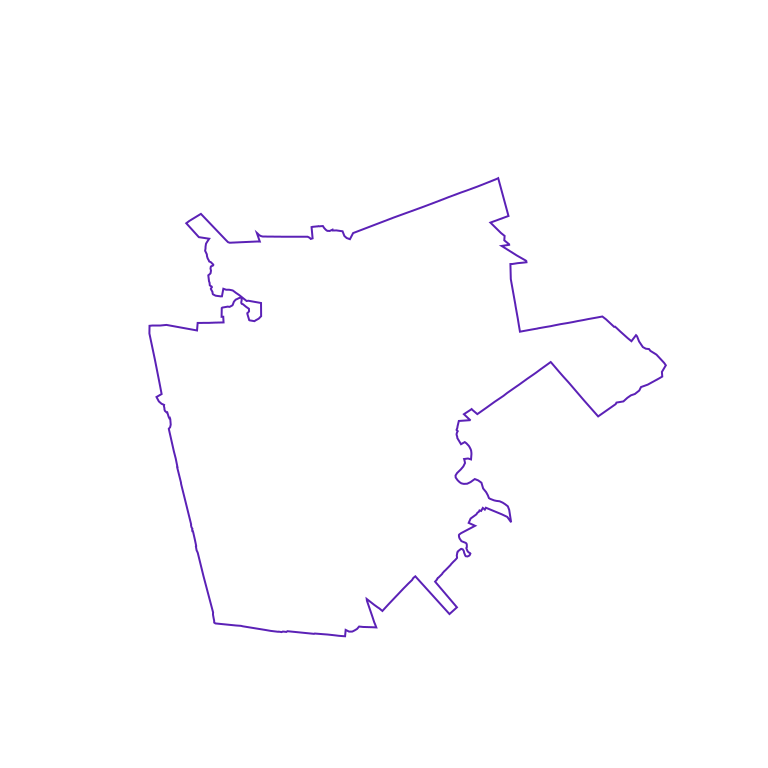 outline of Arad, Arad, Romania, rotated 243°
{"feature_id": "2599482B53905982235691", "entity_name": "Arad", "entity_type": "district", "adm_level": 2, "iso_a3": "ROU", "parent_name": "Romania", "parent_adm1": "Arad", "projection": "orthographic", "projection_center": [21.276, 46.161], "detail": "fine", "context": "isolated", "style": "outline", "palette": "violet", "viewbox_px": 768, "rotation_deg": 243, "n_neighbors": 0, "source": "geoboundaries", "source_scale": "gbopen_adm2", "svg_char_len": 6154}
<svg xmlns="http://www.w3.org/2000/svg" viewBox="0 0 768 768"><g transform="rotate(243 384 384)"><path d="M313.1,630.7L309.8,623.9L314.1,622.0L323.4,618.4L327.9,616.8L330.2,615.9L330.4,615.0L337.5,612.4L340.8,611.2L345.0,609.2L346.5,604.1L349.2,595.2L350.6,590.2L352.1,585.3L353.5,580.2L355.0,575.2L357.1,568.7L358.8,562.7L359.9,558.6L360.9,555.5L362.6,550.0L363.7,546.4L363.7,546.1L364.9,542.2L366.3,537.6L368.9,528.9L375.3,530.9L381.5,532.9L394.4,536.8L394.5,536.9L396.5,537.5L419.9,544.6L433.5,551.1L432.7,552.7L430.9,558.2L429.1,562.7L427.8,566.2L429.0,566.6L429.7,566.3L438.2,560.7L453.6,551.5L451.2,558.7L451.7,558.9L457.4,556.4L461.2,558.7L465.4,556.8L479.5,552.1L477.2,571.2L515.6,579.2L515.6,577.1L517.1,560.9L517.5,556.8L519.0,544.3L519.6,540.0L521.2,526.1L521.6,521.9L523.9,500.6L527.9,468.2L532.5,425.0L528.5,419.4L529.1,418.8L530.3,417.7L531.0,417.0L533.9,415.9L538.9,416.4L542.4,411.4L544.1,408.0L544.9,408.2L545.0,405.1L545.2,404.8L546.2,403.0L547.0,402.6L547.7,402.2L550.2,401.5L550.8,401.4L552.4,401.3L552.6,401.0L553.7,398.4L553.9,397.8L554.5,397.1L554.5,396.9L554.5,396.5L554.9,395.7L556.5,391.6L556.7,390.7L546.2,386.5L546.5,384.6L548.1,384.1L549.9,382.8L561.9,359.3L570.4,343.0L570.8,342.5L571.6,341.6L573.1,340.5L575.0,339.8L575.4,339.7L576.4,339.3L567.3,338.0L568.5,335.8L579.9,310.7L581.2,309.4L584.3,308.4L618.7,298.1L617.7,284.8L617.0,280.8L598.9,285.7L592.8,294.2L590.7,290.5L589.8,289.1L587.3,287.3L585.8,286.5L583.9,285.1L580.0,285.0L578.2,284.3L575.9,283.9L574.0,284.0L572.5,283.9L571.2,285.0L567.9,286.1L567.4,285.8L567.2,285.3L567.3,284.3L567.3,283.5L567.2,283.0L565.6,281.8L563.5,281.3L561.4,279.7L561.0,278.6L560.6,276.8L559.8,276.5L554.9,274.7L553.6,274.6L551.0,273.6L550.1,274.0L549.5,274.4L549.0,274.7L548.4,274.6L547.7,273.2L547.4,272.9L547.0,272.9L545.6,272.9L544.1,273.0L542.4,272.4L541.7,272.3L541.3,272.5L539.2,274.0L538.4,275.1L536.2,278.3L535.7,279.4L541.8,284.1L539.6,286.2L538.8,287.9L538.1,289.1L537.0,290.5L536.0,291.7L533.4,293.0L532.9,293.2L528.9,295.4L520.3,299.3L519.8,300.9L515.7,306.3L512.0,311.2L500.2,305.3L499.1,302.0L499.0,298.6L498.8,297.1L501.7,293.2L502.1,292.9L508.6,294.1L509.2,294.4L509.4,295.5L510.1,296.8L512.4,297.8L515.3,296.2L519.2,294.5L519.7,293.9L520.0,293.7L520.7,293.6L521.4,293.8L522.3,294.4L523.1,295.1L524.5,295.8L525.5,296.1L526.0,296.1L526.2,295.8L526.2,295.1L526.4,293.6L526.4,292.9L526.4,291.6L526.5,290.4L526.0,288.8L525.3,287.4L525.0,287.1L523.3,285.3L522.9,284.6L522.8,281.5L524.0,279.7L524.1,279.2L525.5,274.6L525.3,273.9L517.6,269.8L516.9,271.3L511.7,269.0L515.5,261.1L517.8,256.1L523.0,245.7L516.6,241.7L535.4,217.0L537.6,211.4L541.2,204.3L542.3,201.5L535.5,197.9L509.6,190.9L486.7,184.4L476.0,181.3L475.7,175.4L474.7,175.4L470.7,175.5L467.4,176.8L465.2,178.6L464.3,177.9L462.3,177.4L460.9,176.8L459.6,176.6L457.1,177.5L457.1,178.0L452.4,177.2L450.9,177.2L451.0,177.8L449.7,177.6L444.6,175.5L442.6,173.8L441.8,171.9L433.9,169.9L419.4,166.2L416.7,165.6L412.2,164.6L403.6,162.2L403.7,161.9L388.1,158.3L387.3,157.9L369.6,153.8L346.4,148.4L346.0,148.0L343.6,147.4L342.1,147.6L341.3,146.9L340.0,146.5L339.9,146.9L338.6,146.7L330.7,144.7L324.9,143.1L324.8,142.7L320.8,141.5L319.3,141.5L318.1,141.4L309.1,139.3L294.6,135.9L258.0,128.0L257.4,127.6L256.1,126.9L252.4,125.8L250.2,125.2L248.5,124.4L247.2,125.1L245.4,127.9L235.9,142.7L233.5,146.7L232.2,148.2L218.8,166.5L215.5,170.9L211.2,177.3L211.2,177.7L209.4,180.2L209.4,181.3L209.1,181.9L207.4,184.5L207.6,185.7L193.1,208.3L193.1,209.0L186.2,220.3L182.4,226.1L180.1,229.5L177.6,233.6L176.9,234.8L182.3,238.2L179.2,240.5L177.8,243.4L177.8,245.9L178.0,248.8L179.2,251.7L177.0,255.1L172.4,263.5L170.6,266.6L174.1,267.0L176.0,267.1L182.4,268.1L198.6,270.4L200.3,271.0L195.6,273.2L191.7,275.0L188.0,276.9L186.1,278.0L182.5,279.5L185.6,287.8L192.9,308.4L195.1,315.0L196.6,320.0L197.4,321.3L197.9,322.2L198.4,324.6L149.3,337.9L151.9,347.6L184.7,339.8L185.7,342.4L186.0,342.5L186.4,343.5L186.8,343.9L186.8,344.7L188.4,349.7L188.8,350.1L190.0,353.2L190.0,353.6L192.5,361.0L193.1,362.2L194.4,365.9L194.5,366.5L195.4,369.0L195.9,370.1L196.5,370.4L197.6,370.8L198.0,370.9L200.8,373.0L201.0,373.7L201.3,373.8L201.8,376.0L201.9,376.8L202.1,377.5L201.8,378.4L201.2,378.7L200.9,379.1L199.1,379.3L197.2,378.8L195.2,378.6L194.2,378.5L193.4,378.7L192.4,380.2L192.4,382.1L192.7,382.8L193.7,384.0L194.2,383.9L195.4,383.1L196.8,382.6L197.9,382.6L199.0,382.7L200.2,382.8L200.6,383.0L201.0,383.7L203.2,384.8L204.0,385.0L204.5,385.0L205.1,384.8L205.8,384.3L208.4,382.0L209.0,381.6L210.8,381.4L211.9,381.2L213.4,381.4L214.6,381.8L215.4,382.2L215.7,382.6L216.1,384.9L216.3,400.8L221.8,396.4L224.8,400.1L225.9,407.1L226.9,408.8L227.1,410.5L228.0,411.7L226.8,412.9L228.7,415.8L226.3,416.8L227.5,418.6L214.4,429.8L209.6,433.5L203.1,434.5L215.0,438.4L218.8,438.8L221.8,437.4L224.4,435.9L227.0,433.8L228.9,431.0L230.3,429.3L233.4,426.5L234.7,425.7L237.7,426.0L241.3,425.9L245.9,424.9L251.8,426.0L255.3,424.2L258.1,421.7L257.3,416.6L257.4,412.8L258.8,409.7L260.4,407.8L262.2,406.8L264.8,405.9L268.1,405.4L270.0,406.2L271.5,408.7L273.0,413.6L274.5,417.2L276.8,420.3L279.6,421.1L280.8,421.3L279.5,425.0L277.3,427.3L281.7,430.0L282.9,430.6L285.1,431.4L286.6,431.6L288.3,431.6L288.9,431.6L290.3,431.5L293.8,430.5L295.6,429.5L295.4,425.3L302.5,424.8L303.8,425.3L305.1,425.5L305.9,425.7L306.4,425.9L307.7,427.1L308.1,427.7L308.3,428.0L308.5,428.3L309.0,428.2L309.8,427.8L310.1,427.8L310.3,427.9L310.7,428.4L311.6,429.4L313.0,430.4L317.1,433.9L312.8,444.0L313.0,444.3L320.8,441.5L321.0,443.1L321.7,449.6L321.9,450.7L320.8,451.0L314.8,453.5L316.3,464.1L317.2,469.9L317.9,474.4L319.2,485.1L320.1,489.7L320.9,495.4L321.7,501.2L322.0,503.6L323.7,514.5L324.6,521.4L325.1,524.9L326.1,530.7L327.2,538.1L327.9,542.5L327.3,542.7L315.2,545.6L308.9,547.2L301.9,549.1L299.1,549.8L291.2,551.7L278.8,554.7L274.9,555.7L257.9,560.1L258.0,560.7L260.9,581.3L261.9,582.7L259.8,589.4L261.2,594.6L261.8,598.9L261.2,603.0L262.3,608.5L264.6,611.6L263.7,618.7L264.1,631.9L264.3,635.3L268.6,637.1L272.7,643.6L275.6,643.2L286.5,640.1L292.6,636.4L294.8,636.0L296.6,633.3L299.4,631.4L306.1,630.6L311.5,631.1L312.6,630.9L313.1,630.7Z" fill="none" stroke="#5b21b6" stroke-width="2"/></g></svg>